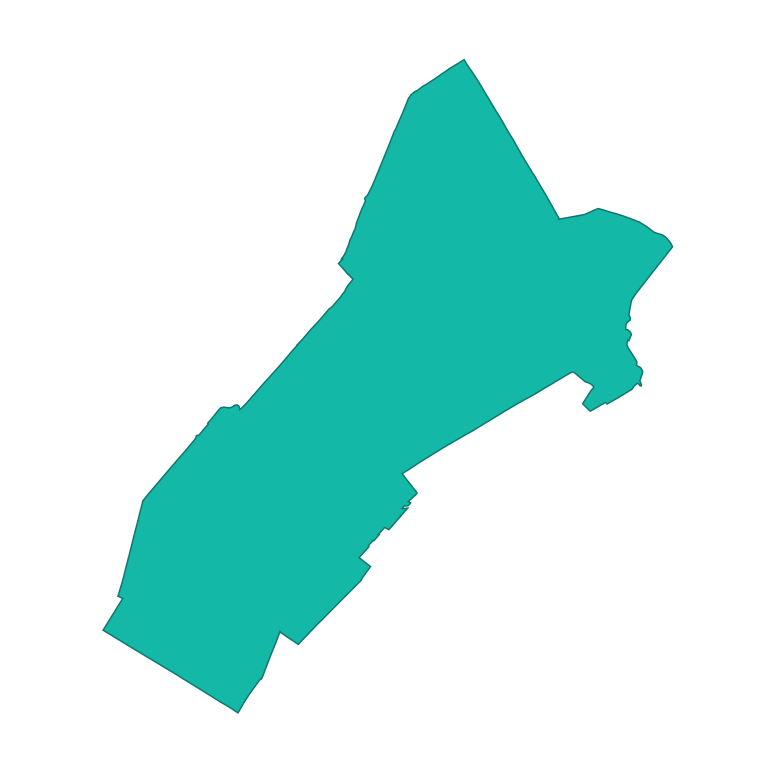 the district of Slobozia, Arges, Romania, rotated 176°
{"feature_id": "2599482B25877220238739", "entity_name": "Slobozia", "entity_type": "district", "adm_level": 2, "iso_a3": "ROU", "parent_name": "Romania", "parent_adm1": "Arges", "projection": "orthographic", "projection_center": [25.198, 44.51], "detail": "fine", "context": "isolated", "style": "filled", "palette": "teal", "viewbox_px": 768, "rotation_deg": 176, "n_neighbors": 0, "source": "geoboundaries", "source_scale": "gbopen_adm2", "svg_char_len": 5379}
<svg xmlns="http://www.w3.org/2000/svg" viewBox="0 0 768 768"><g transform="rotate(176 384 384)"><path d="M281.4,701.9L281.7,701.8L282.4,701.4L284.3,700.5L284.8,700.2L289.9,697.5L291.2,696.9L296.0,694.4L297.2,693.8L297.9,693.3L298.9,692.7L301.2,691.3L302.7,690.5L305.2,689.0L306.8,688.0L310.2,686.0L311.8,685.0L313.8,683.9L315.7,682.8L318.2,681.4L321.7,679.6L324.7,678.2L326.0,677.3L329.9,674.7L333.3,673.3L334.0,672.7L334.5,672.3L335.8,671.4L336.9,670.5L337.1,670.1L337.8,669.3L339.6,667.4L343.9,658.4L345.7,654.8L347.3,651.6L350.5,645.6L354.0,638.6L355.1,636.7L355.9,635.8L360.1,626.8L364.4,617.8L373.0,600.4L381.6,583.0L387.0,573.8L387.8,573.0L388.8,572.1L389.9,571.2L390.2,570.8L390.2,569.8L389.7,568.4L390.1,567.3L391.0,565.5L392.3,563.0L393.2,561.6L393.9,560.1L395.5,556.9L396.6,554.5L398.0,551.3L399.3,548.6L400.4,546.0L400.6,545.6L400.6,544.9L400.9,544.0L401.3,542.9L401.6,542.5L402.0,540.6L402.8,539.4L403.3,538.8L404.2,536.9L406.3,532.5L407.8,530.3L408.6,528.1L409.6,525.2L411.0,522.6L412.8,518.6L414.3,516.1L415.9,513.8L416.5,513.3L417.3,512.2L417.6,511.9L416.5,511.8L416.7,511.4L421.0,507.4L418.8,504.6L415.6,500.4L412.5,496.2L412.3,496.3L408.0,491.2L407.6,491.0L408.4,489.9L410.1,487.9L411.4,486.6L413.0,484.9L413.4,484.2L414.3,483.3L416.8,479.0L419.3,476.3L421.9,473.2L423.0,472.1L425.9,469.2L431.0,464.1L432.5,463.3L433.3,462.9L436.6,459.6L438.1,458.1L441.7,454.3L445.5,450.6L449.2,447.2L450.2,446.3L453.6,443.1L458.0,438.6L462.7,433.8L468.0,429.0L467.7,428.8L470.6,426.0L475.7,421.0L475.6,420.9L482.0,414.4L490.1,406.3L504.5,392.5L513.6,383.4L522.7,374.3L526.2,371.3L527.7,369.9L529.8,368.3L529.8,370.3L530.4,372.2L531.9,373.4L534.1,373.3L537.6,371.4L539.3,371.0L540.5,371.0L545.4,372.1L547.7,371.7L548.2,371.9L551.5,368.9L558.7,361.0L562.6,357.2L562.0,356.4L571.5,346.6L572.4,345.8L573.7,345.8L574.7,345.5L575.6,343.2L578.3,340.0L590.0,328.0L591.4,326.7L608.7,309.2L618.3,299.3L625.6,291.9L632.8,284.1L632.9,283.6L633.5,281.7L635.1,276.8L635.6,275.4L636.5,272.4L636.8,271.9L636.8,271.7L637.5,269.6L638.1,267.5L641.8,256.6L644.4,248.9L647.1,240.4L647.6,238.9L650.7,229.3L650.9,229.0L650.9,228.9L652.3,224.7L652.8,223.0L653.6,221.0L653.6,220.7L653.8,220.3L653.9,219.9L654.7,217.7L655.3,215.6L656.1,213.3L656.2,213.1L656.3,212.8L656.3,212.3L656.4,211.9L658.7,205.6L660.0,201.9L661.5,198.0L663.2,193.4L663.6,192.4L664.2,190.8L659.6,188.3L671.5,171.8L681.4,158.0L649.2,135.1L610.6,108.1L606.0,104.7L582.0,87.4L574.3,81.8L569.5,78.3L561.5,72.9L552.6,66.1L546.1,75.7L539.8,84.2L529.6,96.3L527.7,98.5L526.9,98.3L525.3,101.0L523.1,105.9L516.5,120.1L512.8,127.7L509.1,135.3L505.0,144.3L504.3,143.6L504.0,143.0L497.3,137.7L490.2,132.2L487.7,130.3L487.2,130.7L468.3,148.0L461.9,153.5L442.4,170.6L420.3,189.9L419.5,191.6L410.4,202.6L410.2,202.8L417.1,209.0L421.0,212.5L417.5,215.9L413.1,220.1L410.4,222.7L410.5,223.1L410.7,223.9L410.0,224.7L405.6,228.9L405.0,228.4L403.2,230.1L401.8,231.5L399.4,234.0L400.2,234.2L400.0,234.4L393.4,240.8L389.2,238.4L383.4,244.2L372.0,255.6L369.0,258.5L374.4,258.3L374.7,258.7L372.2,261.0L371.1,260.9L368.7,260.8L365.7,263.5L367.9,265.1L367.6,265.2L366.1,266.6L365.7,266.8L358.9,272.3L358.7,272.7L358.7,273.0L358.9,273.6L372.2,293.2L363.2,298.1L353.5,303.6L330.5,315.7L322.1,319.9L302.6,329.4L301.1,330.0L295.7,332.7L292.2,334.6L276.5,342.7L267.5,347.4L253.9,354.2L246.7,357.7L241.0,360.3L237.1,362.1L235.6,362.8L220.3,370.6L215.8,372.7L213.9,373.9L212.7,374.4L204.8,378.4L198.1,381.7L195.8,382.7L195.1,382.8L193.9,382.6L182.9,372.0L180.1,371.0L177.2,369.2L175.1,366.8L175.0,366.4L175.1,365.9L175.6,365.3L177.0,364.0L179.1,361.5L182.7,356.6L184.2,354.6L187.2,350.4L180.8,343.1L180.2,342.7L179.8,342.6L176.0,344.5L171.9,346.5L164.6,350.1L164.1,349.9L162.8,348.5L158.5,350.6L150.7,354.3L137.1,361.4L135.2,363.7L132.9,365.9L131.3,366.8L130.7,366.9L130.2,366.6L128.8,364.4L127.5,364.1L127.2,365.2L128.5,369.5L127.1,372.8L125.5,376.5L125.0,378.7L126.7,382.2L130.9,385.0L130.2,388.2L131.3,390.9L134.6,397.0L138.0,403.2L139.1,406.7L138.3,408.8L137.5,411.0L136.5,410.3L133.8,416.1L134.5,418.6L137.0,421.0L139.1,421.5L138.6,426.1L137.4,428.2L133.9,430.7L133.6,433.0L134.9,435.7L134.8,436.3L132.5,445.4L132.4,446.1L131.4,449.5L130.6,451.1L129.8,452.2L127.4,455.3L125.5,457.6L105.6,479.7L102.5,483.1L99.6,486.3L91.3,495.5L86.6,500.7L87.8,503.9L88.2,504.4L88.5,505.0L90.5,507.9L90.9,508.5L92.8,510.8L93.0,511.0L94.3,512.1L94.8,512.5L95.7,513.2L96.3,513.5L101.9,515.6L102.8,516.0L103.5,516.4L104.0,516.6L104.2,516.8L105.0,517.3L105.8,518.0L106.1,518.4L107.0,519.2L108.5,520.5L110.3,522.1L110.8,522.6L111.1,522.8L111.4,523.0L112.7,523.9L116.5,526.7L117.3,527.3L117.6,527.5L118.2,527.8L125.6,531.3L130.5,533.5L133.2,534.7L134.5,535.3L139.0,537.0L139.9,537.5L140.7,537.7L141.5,538.0L143.2,538.6L144.2,538.9L148.4,540.5L149.5,540.9L152.9,542.3L153.8,542.6L158.2,544.1L160.3,543.4L160.6,543.3L162.0,542.8L162.3,542.7L166.2,541.2L169.2,540.1L172.0,539.1L172.3,539.1L175.5,538.7L181.5,538.0L183.6,537.8L192.4,536.8L197.7,536.2L197.6,536.3L203.5,548.9L209.4,561.4L211.0,564.5L211.2,565.0L212.1,566.6L215.8,574.0L217.2,576.9L217.7,577.9L218.2,578.9L219.8,582.2L221.2,584.3L222.7,587.5L224.6,591.0L226.2,594.2L230.1,601.8L232.4,606.7L235.7,613.5L236.8,616.1L238.4,619.3L242.0,626.0L246.2,634.8L250.3,643.2L253.6,649.2L257.8,657.6L267.8,677.4L271.8,684.7L274.4,689.3L277.4,694.3L279.3,697.7L281.4,701.9Z" fill="#14b8a6" stroke="#0f766e" stroke-width="1.5"/></g></svg>